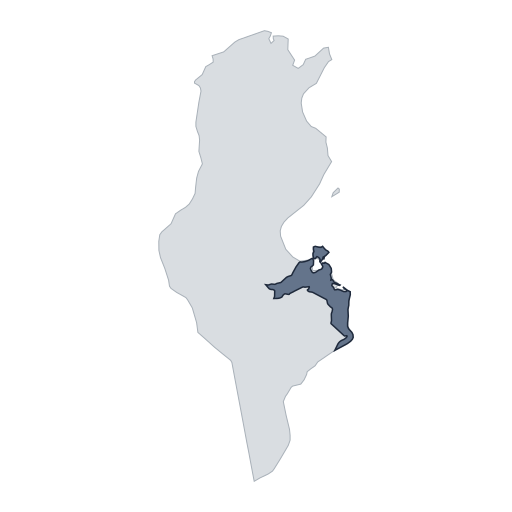 where Médenine sits in Tunisia
{"feature_id": "TUN-96", "entity_name": "Médenine", "entity_type": "Governorate", "adm_level": 1, "iso_a3": "TUN", "parent_name": "Tunisia", "parent_adm1": "", "projection": "equal_earth", "projection_center": [10.815, 33.079], "detail": "fine", "context": "in_parent", "style": "filled", "palette": "slate", "viewbox_px": 512, "rotation_deg": 0, "n_neighbors": 0, "source": "natural_earth", "source_scale": "10m", "svg_char_len": 5601}
<svg xmlns="http://www.w3.org/2000/svg" viewBox="0 0 512 512"><path d="M350.2,291.7L350.1,293.4L348.4,305.5L348.1,309.8L347.8,317.2L347.8,326.1L351.7,333.6L351.8,336.9L350.3,340.7L343.3,345.1L334.2,350.7L326.3,356.1L317.7,362.0L315.1,365.8L310.8,368.8L307.2,371.7L306.6,374.5L304.1,379.8L300.8,384.1L292.6,386.1L291.1,387.4L287.3,393.8L285.5,396.3L283.3,401.6L286.1,415.3L289.5,429.4L290.1,435.3L290.1,440.2L288.2,445.5L283.8,453.0L280.5,458.6L274.3,468.6L272.5,471.1L268.2,474.0L260.0,477.9L254.2,481.3L251.3,466.0L248.9,453.0L246.8,442.3L243.3,423.4L240.3,407.4L237.3,391.5L234.6,377.1L231.9,362.5L230.7,360.4L222.3,353.6L214.6,347.3L206.6,340.1L197.9,332.4L196.6,322.6L192.3,307.9L187.6,299.8L185.9,297.6L176.5,292.3L171.0,288.4L169.5,286.2L168.6,280.2L164.8,268.4L160.5,257.6L158.9,250.4L158.8,241.3L159.8,234.7L161.8,231.9L171.1,223.7L175.5,213.8L180.8,210.1L185.4,207.4L189.2,204.1L192.5,198.9L195.1,193.4L195.6,187.4L196.7,178.0L198.5,171.4L202.4,163.9L200.9,157.9L198.9,151.4L199.6,140.1L199.1,135.6L197.5,131.6L195.9,126.4L195.9,122.1L197.6,110.8L198.9,102.2L201.0,91.1L200.4,87.9L198.9,85.6L194.5,83.1L194.5,81.7L195.6,80.0L202.2,74.6L205.8,66.6L208.7,65.0L213.2,62.1L213.1,59.0L212.1,55.7L223.7,51.9L234.8,42.1L238.8,39.7L264.4,30.7L267.7,31.3L271.4,32.7L270.3,36.0L268.8,38.7L271.0,43.4L274.1,40.5L273.3,38.6L273.2,36.1L278.4,35.8L283.1,36.2L288.2,39.0L287.8,49.7L294.6,60.1L292.7,65.3L298.2,68.4L303.2,64.7L305.7,59.3L314.9,56.1L323.6,48.1L328.4,47.3L329.5,53.9L331.8,59.6L328.5,61.6L324.3,67.7L316.4,83.3L309.0,87.8L303.5,93.8L301.8,98.1L301.2,103.1L302.6,112.0L306.6,121.1L311.2,126.5L315.7,128.3L326.1,136.9L325.9,142.1L327.4,148.2L328.0,155.6L331.6,161.6L323.8,174.6L319.6,183.9L311.3,196.9L303.8,205.3L287.9,217.9L284.0,222.1L281.4,226.4L280.2,230.9L280.6,236.2L285.8,249.3L292.8,257.0L299.9,261.2L312.3,259.5L311.9,264.5L312.7,270.6L317.8,270.3L321.1,269.3L324.0,263.5L330.0,267.5L333.2,279.8L338.3,283.6L338.9,285.0L337.1,286.0L335.7,287.4L337.2,288.4L342.2,289.9L345.2,289.0L350.2,291.7ZM324.0,257.4L322.7,257.7L320.4,259.4L319.2,259.6L315.7,257.7L314.4,257.7L312.7,256.3L313.3,248.9L313.8,246.8L322.3,246.5L326.8,251.0L327.6,252.1L327.8,253.4L325.7,255.9L324.0,257.4ZM339.2,192.2L331.8,196.7L333.2,192.7L338.0,188.0L339.3,189.1L339.2,192.2Z" fill="#d9dde1" stroke="#a8b0b8" stroke-width="1"/><path d="M351.3,340.4L350.8,341.1L347.4,343.6L334.8,350.4L338.0,343.8L338.8,342.7L339.6,341.8L340.5,341.1L341.4,340.5L343.7,339.5L344.4,339.1L346.2,337.7L346.6,337.2L346.9,336.7L347.0,336.4L347.1,336.2L347.0,335.9L346.8,335.8L346.4,335.7L345.0,336.0L344.6,336.0L344.3,335.8L343.9,335.5L331.2,323.8L331.0,323.6L331.0,323.3L331.0,323.1L331.0,322.8L331.5,320.8L331.5,320.0L331.3,314.5L331.4,314.0L331.4,313.5L332.1,311.7L332.3,310.6L332.5,309.6L332.5,309.1L332.4,308.9L332.3,308.5L332.2,308.2L331.8,307.8L331.5,307.5L330.9,307.2L330.3,306.7L328.3,304.6L327.9,304.1L327.6,303.6L327.5,303.3L326.9,300.3L326.8,300.2L326.7,300.0L326.6,299.8L326.4,299.6L326.1,299.4L312.8,292.4L311.8,292.1L309.6,291.8L308.7,291.5L308.3,291.2L307.8,290.8L307.6,290.6L307.5,290.4L307.4,290.2L307.4,289.9L307.5,289.7L308.6,289.1L308.7,288.9L308.8,288.7L308.8,288.3L309.2,287.6L309.3,287.4L309.3,287.2L309.2,286.7L308.7,286.7L305.0,287.2L303.3,286.9L302.9,287.0L302.5,287.1L294.1,291.3L293.5,291.7L290.2,293.3L289.7,293.6L289.4,294.1L289.2,294.3L288.9,294.4L288.3,294.4L285.8,293.9L284.9,293.8L284.7,293.9L284.3,294.1L283.7,294.6L283.4,294.9L283.1,295.1L282.1,296.7L282.0,296.9L281.8,297.1L280.1,297.9L279.0,298.2L277.9,298.4L273.8,298.5L274.5,296.7L274.6,296.3L274.6,295.8L274.7,291.0L274.6,290.8L274.6,290.6L274.3,290.3L273.9,290.0L273.0,289.6L272.5,289.5L272.1,289.5L271.7,289.5L271.3,289.5L270.4,289.3L269.4,288.9L268.5,288.0L265.7,284.7L266.6,284.8L267.9,285.0L268.3,285.0L268.7,284.9L270.8,284.2L271.6,284.0L274.3,284.3L275.1,284.3L275.5,284.1L276.9,283.4L280.5,282.6L281.0,282.4L286.5,277.3L288.1,276.5L291.2,275.5L291.5,275.3L291.8,274.9L292.9,272.6L295.5,267.9L295.7,267.4L296.1,266.8L299.0,262.7L300.1,261.9L301.6,262.1L304.9,261.6L308.5,260.4L311.6,258.6L312.5,258.3L313.6,260.6L313.4,264.9L312.0,266.3L311.3,266.6L310.7,267.5L310.4,268.6L310.7,269.6L311.8,271.7L312.5,272.5L313.5,272.9L315.5,272.4L319.1,269.9L320.9,269.4L321.7,269.0L322.4,268.0L322.8,266.8L322.5,265.7L321.7,264.6L321.5,264.1L323.0,262.8L323.5,263.3L324.1,263.4L324.6,263.1L324.9,262.4L325.3,262.4L326.0,263.0L328.0,264.0L328.9,264.6L329.5,265.5L331.2,268.3L331.3,268.9L331.6,272.1L330.3,274.4L331.3,278.3L330.9,280.1L332.3,279.6L333.2,280.7L334.2,282.2L335.3,282.8L336.4,283.1L338.9,284.5L340.1,285.0L339.8,285.3L339.6,285.4L339.4,285.4L334.7,283.7L332.4,283.5L331.8,285.4L332.3,286.2L333.1,286.9L333.8,287.8L334.2,289.2L334.6,289.8L335.7,289.8L337.8,289.4L339.8,289.9L343.8,291.6L346.0,291.6L346.8,291.0L346.5,290.1L345.7,289.3L344.8,289.0L344.3,288.6L343.6,287.7L342.9,286.8L347.2,290.2L349.9,291.6L350.2,291.7L350.3,294.6L348.9,300.6L348.8,301.6L348.8,305.2L347.9,309.5L348.3,316.1L347.6,322.9L347.6,326.4L348.6,328.8L351.9,332.4L353.0,334.7L353.2,337.4L352.3,339.4L351.3,340.4ZM325.6,249.8L326.5,250.4L327.5,250.9L328.3,251.5L328.9,252.4L325.7,255.6L324.9,256.0L324.6,256.3L324.4,256.8L323.9,258.9L323.6,258.9L323.8,257.2L323.9,256.7L323.2,257.0L322.6,259.0L321.7,260.4L320.9,261.4L320.6,262.6L319.8,261.7L319.8,260.6L320.1,259.5L319.3,258.1L318.5,257.6L317.7,256.9L316.9,256.6L316.0,257.6L315.6,258.5L314.7,258.8L313.6,257.8L313.3,256.8L313.0,255.1L313.0,253.4L313.9,251.6L313.4,249.0L313.4,247.1L315.2,246.3L319.0,247.3L321.1,247.4L322.6,246.3L324.1,248.2L325.6,249.8Z" fill="#64748b" stroke="#1e293b" stroke-width="1.5"/></svg>